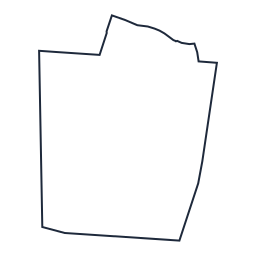 the district of Santa Inés Yatzeche, Oaxaca, Mexico
{"feature_id": "50627088B94233573248712", "entity_name": "Santa Inés Yatzeche", "entity_type": "district", "adm_level": 2, "iso_a3": "MEX", "parent_name": "Mexico", "parent_adm1": "Oaxaca", "projection": "orthographic", "projection_center": [-96.757, 16.806], "detail": "fine", "context": "isolated", "style": "outline", "palette": "slate", "viewbox_px": 256, "rotation_deg": 0, "n_neighbors": 0, "source": "geoboundaries", "source_scale": "gbopen_adm2", "svg_char_len": 446}
<svg xmlns="http://www.w3.org/2000/svg" viewBox="0 0 256 256"><path d="M216.9,62.8L198.6,61.4L197.2,52.2L194.4,43.6L189.4,44.1L181.7,42.9L177.2,40.9L175.9,41.3L175.4,40.9L173.4,40.1L169.8,37.4L164.4,33.4L159.5,30.6L154.6,28.6L147.8,26.5L137.3,25.2L125.1,20.0L111.9,15.4L106.6,31.3L106.7,33.1L99.6,54.9L57.6,52.1L39.1,50.8L42.3,227.0L64.7,233.0L179.4,240.6L198.2,183.4L202.3,161.4L216.9,62.8Z" fill="none" stroke="#1e293b" stroke-width="2"/></svg>